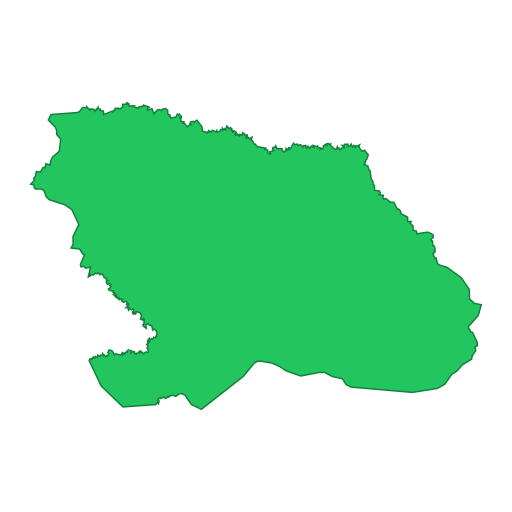 Bamnet Narong, Chaiyaphum, Thailand
{"feature_id": "78962969B89125519314325", "entity_name": "Bamnet Narong", "entity_type": "district", "adm_level": 2, "iso_a3": "THA", "parent_name": "Thailand", "parent_adm1": "Chaiyaphum", "projection": "albers", "projection_center": [101.624, 15.47], "detail": "fine", "context": "isolated", "style": "filled", "palette": "green", "viewbox_px": 512, "rotation_deg": 0, "n_neighbors": 0, "source": "geoboundaries", "source_scale": "gbopen_adm2", "svg_char_len": 6060}
<svg xmlns="http://www.w3.org/2000/svg" viewBox="0 0 512 512"><path d="M368.3,154.8L364.4,150.1L362.7,151.1L361.2,150.4L358.8,146.9L359.6,144.9L357.3,146.1L355.8,145.8L355.1,147.4L353.8,145.4L352.3,146.8L351.1,144.1L350.2,146.1L348.1,146.4L348.0,144.2L344.6,144.3L344.2,145.5L342.2,145.4L344.3,147.5L342.0,147.9L339.9,149.7L338.9,147.8L337.5,148.3L337.2,146.9L336.3,149.1L334.9,149.2L330.6,145.5L330.7,143.8L329.6,144.5L328.3,143.5L326.2,144.0L326.7,145.5L325.2,144.7L323.5,145.7L322.9,149.0L321.4,148.4L320.3,149.4L320.4,147.9L318.4,147.8L317.4,146.0L316.4,146.6L313.2,145.4L313.7,147.3L311.5,146.0L309.9,148.3L308.0,146.2L306.7,148.3L305.8,147.5L305.9,145.5L303.4,145.8L302.8,147.1L300.6,144.7L298.0,145.4L297.2,144.0L294.8,144.7L293.5,143.2L290.5,148.6L289.1,149.3L289.4,148.0L288.6,147.7L287.2,150.1L286.0,148.6L285.4,151.3L283.8,152.0L281.4,149.1L282.6,148.6L277.1,148.8L275.7,145.8L274.9,147.3L273.0,147.4L272.7,149.0L273.6,150.5L269.7,151.9L270.7,153.7L269.7,153.9L267.8,153.0L267.8,150.6L266.9,149.7L264.8,149.3L265.7,148.1L257.1,146.6L255.4,144.2L254.0,144.0L252.6,140.9L251.2,140.3L252.0,137.2L249.4,138.7L248.0,137.3L246.3,138.2L246.1,136.1L247.4,136.1L247.3,135.0L244.7,135.1L244.6,133.9L242.6,132.8L242.1,135.4L239.8,134.2L238.7,134.9L239.7,135.1L239.1,136.0L237.4,134.4L235.5,135.3L234.9,134.2L236.5,133.0L236.1,132.2L234.3,130.9L232.7,132.0L232.8,130.8L231.1,130.0L231.9,128.9L230.3,127.6L229.1,128.6L226.8,126.0L225.6,129.9L224.4,128.7L223.6,130.0L222.4,128.2L222.2,129.9L220.6,129.6L220.2,131.0L217.9,132.0L216.8,131.8L216.7,130.6L215.8,132.0L212.7,130.2L211.0,132.0L208.9,130.6L208.9,132.1L207.9,131.8L207.0,133.1L206.5,132.2L202.5,131.2L202.0,126.7L196.8,120.2L193.9,122.5L193.0,121.4L190.6,121.9L190.1,123.5L191.3,124.7L189.7,124.7L187.1,126.9L184.6,123.5L183.0,123.3L184.0,121.9L181.1,121.5L180.6,118.4L179.5,117.3L181.2,117.9L181.3,116.4L179.2,114.1L178.3,115.0L177.4,114.1L176.0,116.9L171.4,118.1L169.5,116.0L170.1,115.1L167.8,114.1L167.7,110.1L165.3,108.5L162.4,109.2L161.4,110.7L160.0,109.8L157.4,109.9L153.9,113.8L152.0,108.8L147.5,110.1L147.8,107.6L149.2,107.5L148.6,106.8L143.4,105.1L143.1,106.3L139.2,106.7L137.9,108.3L134.2,106.9L134.5,105.9L128.8,105.9L128.9,103.9L127.1,102.7L126.2,103.2L126.8,104.4L122.6,104.3L122.9,106.7L119.7,109.1L118.3,108.1L115.1,108.4L114.7,110.5L113.4,110.4L112.7,112.0L111.6,111.4L103.7,114.7L103.4,111.0L100.4,110.6L100.4,109.1L98.1,108.8L98.0,107.2L95.1,111.3L94.2,109.4L90.7,108.9L89.9,110.3L86.8,106.7L86.6,107.7L82.6,107.5L79.4,111.7L76.8,112.6L51.0,114.5L48.3,120.0L55.3,127.2L56.6,130.2L56.7,134.5L60.7,139.1L59.3,151.2L52.4,157.2L50.5,161.5L50.3,164.9L45.8,163.8L45.1,167.6L43.2,167.4L40.3,172.1L36.3,171.6L35.3,176.5L33.6,178.4L34.4,180.3L30.7,184.2L34.0,184.9L34.2,187.7L35.5,189.1L40.7,188.8L42.8,189.8L44.3,191.3L46.1,196.6L49.2,199.7L64.8,204.8L71.8,209.5L78.8,224.5L73.0,236.6L73.1,244.4L71.1,248.0L79.6,249.0L82.7,254.0L84.5,254.8L80.4,264.5L81.0,266.9L83.7,266.3L85.7,268.2L90.5,267.1L88.3,276.9L90.6,275.7L90.2,274.4L93.3,275.0L95.7,273.2L97.0,273.8L98.9,272.7L99.8,274.8L102.2,273.8L104.3,277.7L106.5,278.4L106.2,279.9L108.0,280.5L106.2,282.0L107.3,284.4L109.7,283.6L110.9,284.5L109.7,285.6L110.7,286.2L110.5,287.5L108.4,289.0L109.3,290.4L113.5,291.1L113.0,292.2L114.8,293.5L113.4,294.4L114.4,295.4L116.3,295.3L115.3,296.6L116.7,297.7L116.7,296.5L117.8,298.2L119.0,297.8L119.2,299.8L120.5,298.9L122.4,299.2L121.5,300.7L123.3,302.2L125.9,301.4L127.2,302.6L126.7,304.2L128.1,303.8L128.6,305.1L127.3,305.1L127.4,306.5L126.1,307.6L128.7,307.5L128.1,309.1L128.7,310.2L129.5,308.6L131.3,309.8L133.3,309.0L133.8,310.4L132.6,312.3L133.6,312.6L132.8,313.4L133.4,314.2L134.6,313.4L135.5,314.0L136.1,313.0L135.4,312.2L136.5,311.6L140.3,312.9L141.5,315.6L140.5,319.3L143.1,320.1L143.4,318.5L144.1,318.7L143.9,323.9L142.8,324.9L143.6,326.4L146.3,328.3L145.7,324.9L148.2,323.7L149.5,325.3L151.7,325.6L152.7,330.1L154.4,328.9L156.9,332.1L156.8,336.1L156.0,336.1L155.7,337.8L153.6,337.2L152.6,339.2L151.6,338.7L150.1,340.1L149.3,338.4L147.6,340.6L147.6,342.0L150.1,341.3L146.7,344.5L148.1,345.8L147.0,347.8L148.5,350.8L148.0,352.3L145.9,351.9L143.3,353.7L142.1,352.2L141.0,352.3L140.8,351.0L139.7,351.1L139.0,351.8L139.7,352.7L136.4,353.3L136.3,354.3L134.6,353.5L134.5,351.8L132.9,351.4L131.1,352.7L131.4,350.9L128.6,350.0L127.3,350.6L127.3,352.3L125.9,352.1L124.6,353.8L123.9,352.9L122.7,354.7L122.3,352.9L120.5,355.2L115.8,353.7L114.4,354.8L112.1,350.8L109.1,349.9L107.8,352.6L108.8,353.7L107.3,356.2L106.5,355.8L105.8,356.7L102.8,353.7L103.0,355.6L101.1,355.0L99.4,356.4L97.7,355.2L97.7,356.5L96.7,357.1L95.1,356.5L95.3,357.6L94.2,358.0L93.2,357.0L92.0,359.4L91.2,358.6L89.8,359.1L89.1,360.4L101.1,385.9L122.9,406.9L155.8,404.6L157.3,402.5L158.5,403.8L159.0,401.6L158.1,400.9L158.9,400.2L158.0,399.4L160.0,397.3L161.1,398.6L163.9,396.8L165.1,398.5L168.0,397.3L167.9,396.5L169.2,396.9L169.8,395.8L173.2,395.3L175.6,396.4L179.4,393.8L181.6,393.5L185.1,395.3L191.3,404.5L201.4,409.3L243.3,376.4L254.0,363.4L257.3,361.3L260.9,361.2L272.0,363.1L279.8,366.6L286.0,370.8L300.8,376.0L319.4,372.4L324.8,372.5L332.7,376.7L342.4,378.7L346.0,384.5L351.2,387.1L412.5,392.4L437.5,388.4L444.8,384.2L451.7,374.5L457.2,370.8L462.2,364.9L471.5,359.3L472.3,355.7L475.7,350.7L475.0,347.0L477.4,345.8L477.3,342.6L472.5,332.4L470.5,331.7L469.6,329.1L468.6,328.8L468.4,326.6L478.2,315.6L481.3,304.7L474.4,303.4L469.5,298.9L469.3,289.5L461.2,277.6L446.8,267.2L439.6,265.1L437.4,263.5L436.1,258.0L435.2,258.4L433.8,256.1L433.2,253.1L435.1,252.0L434.9,248.0L434.2,246.0L432.8,245.3L432.5,241.0L431.5,241.2L430.7,239.7L433.4,237.1L432.8,234.5L427.7,232.1L416.8,233.8L416.4,231.0L413.0,230.2L413.1,226.0L410.1,223.1L411.2,221.5L407.7,221.5L407.6,217.1L401.1,213.7L400.7,211.5L399.2,209.4L397.2,208.9L393.8,202.2L390.5,202.2L385.7,198.5L383.7,199.1L382.8,197.6L383.4,195.3L379.0,194.7L380.4,192.7L379.3,190.9L374.5,190.4L374.4,185.6L373.0,184.2L373.1,182.0L371.2,178.9L370.1,170.7L368.9,169.9L367.8,165.8L363.9,164.4L365.6,162.2L365.4,160.3L366.6,159.6L368.3,154.8Z" fill="#22c55e" stroke="#15803d" stroke-width="1.5"/></svg>